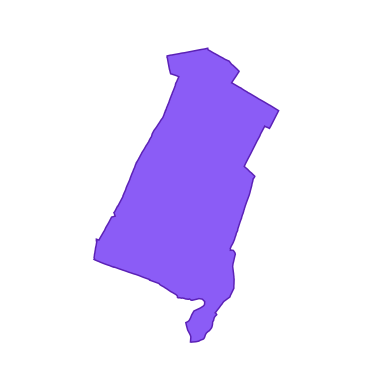 the district of Mircesti, Iasi, Romania, rotated 141°
{"feature_id": "2599482B37092183120791", "entity_name": "Mircesti", "entity_type": "district", "adm_level": 2, "iso_a3": "ROU", "parent_name": "Romania", "parent_adm1": "Iasi", "projection": "albers", "projection_center": [26.855, 47.067], "detail": "fine", "context": "isolated", "style": "filled", "palette": "violet", "viewbox_px": 384, "rotation_deg": 141, "n_neighbors": 0, "source": "geoboundaries", "source_scale": "gbopen_adm2", "svg_char_len": 5957}
<svg xmlns="http://www.w3.org/2000/svg" viewBox="0 0 384 384"><g transform="rotate(141 192 192)"><path d="M248.6,231.9L258.7,227.6L258.9,227.8L259.8,227.4L260.7,227.0L264.5,225.3L265.7,225.1L265.9,224.2L266.4,223.0L266.9,221.6L270.3,223.1L271.9,222.4L275.8,220.7L277.1,220.2L278.7,219.6L279.8,219.2L280.9,218.8L282.0,218.3L284.1,217.2L285.9,216.6L286.6,216.3L287.3,216.1L288.2,215.7L292.2,214.2L293.2,213.8L294.6,213.2L296.0,215.5L297.1,214.2L296.8,213.8L297.9,212.8L300.1,210.8L302.2,209.2L302.6,208.8L303.3,208.1L304.7,206.9L305.3,206.3L305.6,206.0L306.8,205.1L308.2,203.7L309.6,202.4L309.6,202.0L309.8,201.4L310.3,201.2L310.5,201.2L310.2,200.4L308.6,197.4L308.0,196.4L307.5,195.3L305.3,191.4L303.1,187.8L302.5,187.0L302.2,186.4L301.4,184.9L301.0,184.3L300.6,183.5L300.1,182.8L299.9,182.9L298.6,180.9L296.7,177.7L295.6,176.0L295.1,175.1L293.9,173.3L291.5,169.3L290.3,167.5L288.8,165.1L287.4,163.1L286.6,161.8L285.8,160.5L283.6,156.5L280.3,151.1L280.0,150.5L280.4,150.2L279.4,148.6L275.2,141.6L275.3,140.6L275.0,139.4L274.7,138.5L273.9,136.6L273.6,135.8L273.1,134.1L272.7,133.1L271.2,128.0L270.3,125.9L269.9,124.8L269.0,122.4L268.8,121.0L268.8,120.3L269.0,120.0L269.5,119.6L269.5,119.0L269.4,118.5L269.1,118.3L268.2,117.6L267.9,117.4L267.5,116.8L267.2,116.3L266.2,115.7L265.4,114.7L264.9,114.1L264.4,113.1L262.9,111.5L262.2,110.8L261.3,110.5L260.9,109.3L260.8,108.5L259.9,107.7L254.3,105.0L253.8,104.9L252.6,103.6L251.8,102.7L251.4,102.1L251.3,101.3L251.3,100.8L251.2,99.9L251.1,98.8L251.7,98.2L252.4,97.4L253.2,96.6L254.7,96.2L258.5,96.6L265.4,98.3L269.5,96.7L272.5,95.0L275.2,93.9L276.9,93.9L279.0,94.4L280.4,91.6L282.2,87.5L283.3,82.0L284.1,80.1L287.6,76.4L286.8,75.6L285.8,75.0L284.0,73.7L282.7,72.9L280.7,71.9L280.4,71.9L280.0,71.7L278.8,71.6L278.3,71.4L276.0,70.6L275.0,70.6L273.6,71.2L271.3,72.7L269.3,73.4L267.9,73.4L267.7,73.5L267.3,73.5L266.1,73.3L264.3,73.6L262.4,74.1L261.6,74.5L260.2,75.5L259.0,76.6L258.6,77.1L258.2,77.5L257.7,78.0L257.4,78.2L256.3,78.5L256.1,78.6L255.8,78.8L255.2,79.4L254.5,79.8L254.2,80.1L253.9,80.3L253.5,80.5L252.6,80.7L251.9,80.9L251.2,81.0L250.7,81.0L250.3,81.0L249.9,81.2L249.9,81.5L249.8,82.8L250.0,83.5L246.2,84.4L243.5,85.0L241.1,85.7L239.4,86.0L237.6,86.6L237.1,86.7L236.6,86.8L236.1,86.9L233.7,86.8L231.3,86.7L229.5,86.6L228.6,86.6L227.2,87.5L225.6,88.2L220.1,90.8L218.6,92.7L217.1,94.3L215.4,96.3L214.2,97.7L213.2,99.3L212.7,99.9L211.9,101.2L211.5,101.8L211.2,102.2L210.7,103.0L207.3,108.5L205.2,110.5L203.8,111.5L200.4,114.2L197.5,116.4L197.3,116.9L197.1,117.2L196.9,117.8L196.8,118.2L196.8,118.6L196.7,119.9L196.7,120.6L196.8,120.8L196.9,121.0L198.7,122.4L198.4,122.5L198.2,122.7L198.2,123.5L198.1,123.8L197.8,124.0L195.5,125.3L195.2,125.4L193.1,126.2L191.4,127.0L190.2,127.7L189.0,128.3L188.4,128.7L188.0,129.0L187.5,129.4L185.3,130.7L184.8,131.0L184.6,131.1L184.4,131.4L183.9,131.8L183.6,132.0L182.8,132.4L181.7,132.9L181.2,133.1L180.6,133.5L179.5,134.6L178.3,135.3L175.6,137.1L173.3,138.6L170.9,140.0L170.1,140.4L169.3,141.1L167.4,142.4L166.7,142.8L165.9,143.2L164.0,144.5L163.4,145.0L161.8,146.0L161.4,146.4L161.1,146.6L160.3,147.0L160.0,147.3L156.1,149.7L151.7,152.3L149.5,153.6L147.8,154.8L147.2,155.2L146.6,155.7L144.7,157.1L141.8,159.2L141.2,159.7L140.2,160.6L138.2,162.0L136.9,163.1L136.6,163.4L136.3,163.7L136.1,163.6L135.6,163.8L134.2,164.2L133.3,164.7L133.4,165.7L133.6,167.4L133.8,169.4L134.2,171.0L134.4,172.7L134.5,174.3L135.2,178.1L135.3,179.0L135.1,179.1L132.5,180.4L127.8,182.5L122.4,184.8L118.9,186.4L117.1,187.2L116.0,187.7L111.1,189.9L109.4,190.7L106.4,191.9L103.8,193.0L102.5,193.8L100.9,194.5L99.7,195.0L94.0,197.4L93.9,196.8L93.7,196.3L93.1,195.4L92.3,193.9L91.8,192.7L89.7,193.5L85.4,195.4L73.5,200.7L76.8,210.2L77.1,210.8L77.5,211.7L77.8,212.7L78.1,213.4L79.3,216.7L81.3,221.7L81.6,222.3L81.7,222.6L81.9,223.4L82.4,224.8L84.7,231.1L84.9,231.6L85.5,233.1L85.6,233.3L85.9,233.8L86.1,234.5L86.2,235.2L86.4,235.5L86.8,236.7L87.2,237.6L87.8,239.5L88.1,240.2L88.3,241.3L88.7,242.4L89.0,243.0L89.2,243.3L91.3,248.9L92.2,251.3L92.5,251.9L92.0,252.1L90.5,252.6L88.6,253.2L84.6,254.4L80.1,255.9L79.8,255.9L79.5,256.1L79.4,256.3L79.6,257.6L79.6,258.6L79.8,259.9L80.0,261.5L80.3,263.5L80.4,264.5L80.7,265.5L80.9,266.6L80.8,269.8L80.8,270.3L80.9,270.7L81.3,271.3L81.7,272.0L81.9,272.5L82.1,272.9L82.5,273.6L82.9,274.5L83.3,275.5L83.6,276.5L85.3,280.4L85.7,281.6L86.7,284.0L87.2,285.3L87.5,285.8L88.7,289.0L89.0,289.9L89.7,291.6L89.9,292.2L90.0,292.6L89.3,293.8L90.6,294.5L91.6,294.9L93.4,295.9L94.9,296.8L98.8,298.9L108.8,304.2L110.5,305.1L111.9,306.0L113.3,306.8L114.8,307.5L120.0,310.4L121.2,311.0L122.6,311.9L125.7,313.4L126.0,313.0L126.6,312.5L126.9,311.5L127.6,310.2L129.0,307.7L130.9,304.2L131.7,302.7L131.8,302.4L132.1,302.0L132.4,301.4L132.5,301.0L133.2,299.5L133.6,298.7L134.2,297.3L133.8,296.8L132.9,295.4L131.5,293.2L130.7,291.9L129.7,289.9L131.4,289.0L132.2,288.6L134.9,287.2L135.4,287.0L135.9,286.9L137.1,286.1L137.1,285.9L138.0,285.2L138.8,284.8L140.6,283.7L141.4,283.3L142.2,282.8L143.3,282.2L144.9,281.4L145.7,280.8L147.3,280.0L148.4,279.3L149.0,279.0L149.9,278.5L152.0,277.2L152.5,276.9L153.2,276.4L155.0,275.4L155.9,275.0L157.0,274.3L158.5,273.6L159.2,273.1L160.2,272.4L160.6,272.2L160.7,272.3L161.2,272.1L161.7,271.8L161.6,271.7L162.8,271.0L163.2,270.9L164.9,269.8L166.5,268.9L167.1,268.6L168.1,268.1L170.6,267.5L173.4,266.5L175.1,266.0L177.8,265.1L180.2,264.4L181.5,264.1L182.7,263.8L184.6,263.0L186.4,262.2L187.6,261.3L188.4,260.7L188.7,260.5L189.5,260.3L191.2,259.7L193.4,258.7L193.7,258.4L194.7,258.1L195.1,258.0L197.3,257.2L198.2,257.0L202.5,255.3L206.2,254.1L206.8,253.8L207.4,253.5L209.2,252.8L209.8,252.5L210.9,252.0L211.6,251.8L213.1,251.1L216.5,249.9L216.4,249.8L218.2,249.0L218.8,248.7L219.4,248.3L221.3,247.1L223.0,246.3L223.9,245.8L224.6,245.3L225.8,244.7L227.2,244.0L231.7,241.4L232.0,241.1L233.6,240.2L239.0,237.5L240.6,236.6L241.9,235.7L243.7,234.7L245.2,234.0L246.8,233.1L247.9,232.6L248.6,231.9Z" fill="#8b5cf6" stroke="#5b21b6" stroke-width="1.5"/></g></svg>